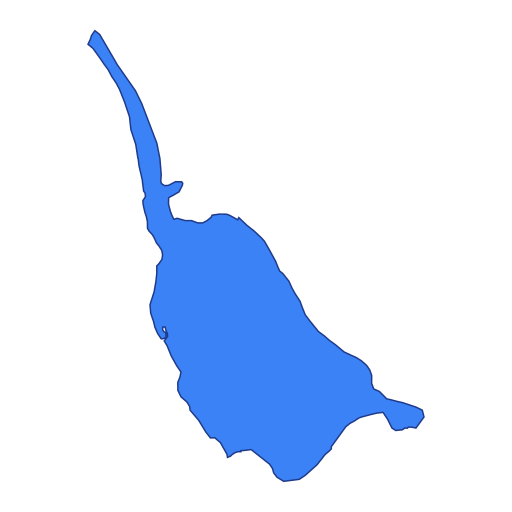 Sahil Silim, Asyut, Egypt
{"feature_id": "37247803B82943552263009", "entity_name": "Sahil Silim", "entity_type": "district", "adm_level": 2, "iso_a3": "EGY", "parent_name": "Egypt", "parent_adm1": "Asyut", "projection": "natural_earth1", "projection_center": [31.355, 27.093], "detail": "fine", "context": "isolated", "style": "filled", "palette": "blue", "viewbox_px": 512, "rotation_deg": 0, "n_neighbors": 0, "source": "geoboundaries", "source_scale": "gbopen_adm2", "svg_char_len": 3034}
<svg xmlns="http://www.w3.org/2000/svg" viewBox="0 0 512 512"><path d="M414.7,427.7L415.9,428.1L424.0,417.0L422.3,410.2L416.0,407.1L410.3,405.2L402.8,402.7L397.1,401.4L390.2,399.6L386.8,398.9L379.4,391.5L373.7,388.9L372.8,386.5L371.6,383.3L371.7,375.5L369.7,369.9L366.6,365.4L361.5,360.9L356.4,357.6L351.2,355.3L344.0,351.9L335.9,345.1L329.7,340.6L326.0,337.4L324.6,336.1L318.5,331.6L310.3,321.5L305.2,314.8L303.9,311.5L302.1,307.0L300.1,301.4L295.0,293.5L291.9,287.9L288.9,281.2L282.7,273.4L279.7,271.1L278.8,269.0L278.7,269.0L275.6,261.3L269.5,250.1L264.4,241.2L261.3,237.8L254.2,231.1L247.0,225.4L238.8,217.6L237.8,219.8L229.6,215.3L226.5,214.2L219.3,214.1L218.1,214.3L213.1,215.0L212.1,215.2L211.0,217.4L206.9,220.7L202.8,222.9L197.7,222.9L191.5,220.6L185.3,220.6L177.1,218.3L174.8,219.0L173.8,219.3L171.8,215.1L170.5,211.7L169.1,206.6L168.5,203.9L168.6,199.5L168.6,197.9L169.8,197.0L173.1,195.3L179.1,191.8L182.4,185.2L182.7,183.2L181.7,181.8L175.5,181.7L168.4,185.4L164.4,185.6L161.4,183.5L160.8,181.1L161.2,174.5L159.9,158.5L156.8,143.1L141.7,103.5L135.4,90.7L117.4,64.9L112.4,56.3L99.7,34.5L94.9,30.7L93.1,33.2L91.5,35.6L90.5,38.9L88.4,43.4L88.0,44.3L93.0,48.4L100.1,58.3L104.2,64.3L108.1,69.6L112.0,76.9L116.1,82.9L118.1,86.7L119.5,89.3L124.7,102.4L127.0,109.3L129.5,116.8L130.9,129.6L133.7,138.1L135.8,144.6L137.9,158.3L138.1,158.5L138.3,159.7L138.6,162.6L139.1,166.2L139.9,169.6L141.2,175.1L141.8,177.9L142.3,180.0L142.6,183.0L143.1,186.6L143.6,191.0L145.0,193.0L145.5,196.6L142.9,200.6L143.1,204.0L143.7,207.1L144.9,212.3L146.4,216.8L147.4,221.7L147.5,228.4L149.1,231.2L152.3,234.6L152.5,234.9L152.7,235.2L153.4,236.2L153.3,236.4L154.0,237.4L156.5,243.0L159.1,246.2L161.8,250.5L162.6,255.0L161.9,259.4L159.1,263.5L156.8,265.9L156.8,273.3L155.9,281.7L154.7,288.3L154.1,291.9L150.0,304.7L150.7,313.1L152.8,319.4L152.9,319.5L153.6,321.7L154.9,327.2L157.6,333.4L161.2,338.8L163.0,338.7L166.0,337.6L166.0,334.6L165.8,332.6L163.8,331.6L162.7,329.9L162.7,327.1L165.1,327.0L166.0,330.7L167.4,333.5L167.6,336.5L164.2,340.9L167.1,345.7L171.2,355.8L176.8,365.9L181.0,372.0L179.9,377.2L177.8,382.4L177.9,390.4L181.0,396.8L187.0,402.1L189.6,406.4L190.1,410.2L191.4,411.7L198.7,420.3L205.8,432.0L210.4,437.9L214.9,437.8L216.2,439.0L220.4,442.6L227.0,454.3L227.5,457.4L230.6,456.1L231.6,455.0L234.7,452.8L237.8,451.7L240.9,451.7L240.9,450.6L241.9,450.6L242.9,450.6L251.2,449.6L269.6,464.2L271.3,466.7L272.5,468.6L273.7,472.9L274.7,474.2L277.0,477.2L281.4,479.9L283.7,481.3L295.7,479.8L299.3,479.3L305.0,475.5L306.4,474.3L307.5,473.3L309.7,471.3L314.3,467.2L317.1,464.7L319.9,461.1L322.1,458.4L323.1,457.0L325.1,454.5L329.2,451.1L331.3,448.9L331.3,446.7L345.8,426.7L349.9,423.4L354.0,421.2L359.2,417.8L362.3,416.8L370.5,414.6L376.9,413.1L382.8,412.4L383.9,413.5L385.0,415.4L386.0,416.8L387.7,419.4L388.7,421.5L390.1,424.3L392.0,428.1L395.8,430.5L398.1,430.2L400.2,430.0L402.1,429.9L405.0,428.0L407.4,428.2L408.4,427.1L410.2,427.1L411.0,427.1L412.4,427.3L413.7,427.6L414.7,427.7Z" fill="#3b82f6" stroke="#1e3a8a" stroke-width="1.5"/></svg>